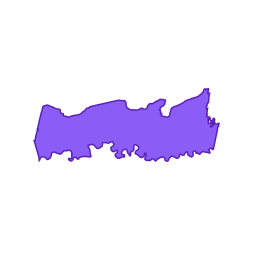 Varfu Campului, Botosani, Romania (Natural Earth projection), rotated 308°
{"feature_id": "2599482B97560889775117", "entity_name": "Varfu Campului", "entity_type": "district", "adm_level": 2, "iso_a3": "ROU", "parent_name": "Romania", "parent_adm1": "Botosani", "projection": "natural_earth1", "projection_center": [26.332, 47.846], "detail": "fine", "context": "isolated", "style": "filled", "palette": "violet", "viewbox_px": 256, "rotation_deg": 308, "n_neighbors": 0, "source": "geoboundaries", "source_scale": "gbopen_adm2", "svg_char_len": 5912}
<svg xmlns="http://www.w3.org/2000/svg" viewBox="0 0 256 256"><g transform="rotate(308 128 128)"><path d="M185.0,198.2L187.6,196.9L187.5,196.4L187.2,196.1L185.9,195.8L185.5,195.3L184.6,194.0L184.1,193.6L183.4,193.3L181.8,193.5L180.7,193.3L179.8,192.7L179.8,192.1L180.3,191.9L181.2,192.7L182.0,192.7L183.1,192.0L184.0,190.7L184.5,190.7L184.7,191.0L184.1,192.5L184.5,193.2L185.1,193.6L185.7,193.2L185.5,192.2L185.9,191.6L186.1,191.5L186.6,191.8L187.0,191.7L187.7,191.4L188.2,190.8L188.6,190.1L188.3,189.4L187.9,189.3L186.8,189.8L186.3,189.9L185.6,189.6L185.2,189.1L184.8,189.0L182.4,190.3L181.1,188.5L184.9,185.3L184.9,185.7L184.6,186.4L184.6,187.4L184.8,187.5L185.2,187.5L186.0,187.2L186.3,186.4L186.9,185.7L187.0,185.5L186.9,185.3L186.0,184.6L185.4,183.5L185.6,183.2L187.4,181.9L187.0,181.7L192.5,178.6L191.5,177.8L194.1,176.0L194.3,176.4L195.8,175.6L196.8,175.3L197.5,175.8L203.0,172.2L205.7,170.9L204.6,169.3L207.9,167.8L208.2,167.4L207.8,167.3L208.0,166.9L207.6,166.5L207.1,166.3L207.1,166.1L206.6,166.0L206.6,165.5L206.1,165.2L206.3,164.8L205.7,164.2L204.2,164.5L202.9,165.1L202.2,164.8L200.3,165.0L198.9,164.4L198.2,164.3L197.7,164.5L194.1,162.7L193.0,162.0L192.3,161.3L190.8,160.2L188.9,159.3L187.2,158.0L184.8,156.6L181.3,155.8L180.1,155.0L179.6,155.0L178.7,154.6L178.7,154.4L177.9,153.9L177.0,153.7L174.2,151.9L173.7,151.5L173.0,151.0L171.4,150.7L170.4,150.1L170.0,150.2L169.7,150.2L169.1,150.6L168.2,150.9L166.9,151.5L166.5,151.4L165.7,152.1L164.7,152.3L162.9,153.1L162.5,153.1L162.0,153.3L160.5,151.9L158.1,146.7L160.2,145.6L159.4,144.7L160.7,143.9L162.0,142.6L161.5,141.9L161.5,141.6L164.6,141.1L166.3,141.6L167.5,142.2L168.8,142.3L172.8,140.6L172.9,140.4L172.8,139.9L171.9,137.8L171.2,137.2L170.7,136.0L170.0,135.4L167.6,134.8L167.0,134.4L166.7,133.8L166.3,133.7L165.1,133.5L163.9,132.9L162.5,132.5L161.8,131.8L160.6,130.2L158.0,129.8L155.1,130.7L154.5,130.6L153.1,129.6L152.5,129.0L152.4,128.7L152.5,127.5L152.3,126.7L149.6,125.3L148.1,124.5L147.6,124.0L145.9,121.4L144.4,119.6L143.6,117.7L143.4,116.6L143.6,115.8L143.5,114.9L143.9,113.7L144.3,112.9L146.5,111.0L147.3,109.7L147.5,108.9L147.4,108.3L146.1,106.9L145.3,105.6L145.0,105.1L144.9,104.4L143.2,102.7L123.1,86.3L122.0,85.5L121.5,85.5L121.3,85.0L120.0,84.6L119.2,84.5L119.0,84.1L118.1,83.3L114.4,83.1L113.3,82.6L109.7,81.9L108.2,81.0L107.7,80.4L106.7,79.9L106.0,79.2L105.2,78.1L104.3,77.7L103.9,77.2L103.0,76.6L102.3,75.7L101.5,75.6L100.0,74.8L99.6,74.0L99.7,73.6L99.5,72.9L98.4,71.0L97.8,69.3L99.0,68.7L99.3,68.3L99.2,67.8L98.5,66.6L98.6,65.8L99.1,64.7L100.3,63.8L100.6,63.0L100.6,62.6L100.4,62.1L99.4,60.5L98.6,58.6L98.2,56.1L96.7,51.3L96.7,50.8L96.3,50.2L93.9,48.3L92.5,47.7L88.6,49.6L86.6,50.3L79.0,53.7L77.6,54.5L74.2,55.9L71.9,57.3L71.8,57.6L71.4,57.3L71.1,58.3L70.6,58.1L70.6,58.3L70.2,58.6L69.9,58.4L69.7,58.4L69.7,58.7L69.5,58.8L69.3,58.7L67.5,59.1L61.7,62.0L61.0,62.5L60.3,61.8L50.0,76.0L47.8,78.0L48.7,78.0L50.0,77.5L50.5,77.4L51.5,77.7L52.9,78.5L53.4,79.3L53.8,81.2L53.4,83.6L54.0,84.3L55.5,84.9L56.8,85.1L58.6,84.6L60.8,83.5L61.6,83.4L62.7,83.7L63.3,84.3L63.8,85.1L64.8,88.5L64.9,89.1L65.7,90.6L67.0,91.3L69.3,91.4L70.7,91.7L71.3,92.3L72.4,93.9L74.2,94.9L74.7,96.0L74.5,97.5L74.1,98.5L73.0,99.9L72.7,99.8L72.1,100.1L70.4,101.9L69.6,102.1L69.0,102.1L68.6,101.8L67.7,100.1L66.9,100.2L66.7,100.4L66.4,101.4L66.6,102.9L67.2,103.7L67.8,104.0L69.1,104.0L70.8,103.6L72.0,104.1L72.5,104.7L72.9,105.4L72.8,105.9L72.4,106.6L72.5,107.7L73.4,108.1L74.3,107.9L76.3,108.7L77.2,109.5L79.5,112.1L81.6,115.7L82.7,116.4L85.0,113.6L86.9,111.8L88.2,109.8L89.0,107.7L89.4,107.4L89.9,107.3L90.7,108.2L92.6,109.2L93.4,110.8L93.6,111.8L92.8,115.7L93.1,116.6L93.4,117.1L95.1,118.0L97.6,118.8L99.1,118.2L100.2,117.2L100.9,117.3L102.1,118.5L104.0,121.9L104.6,122.3L106.4,123.1L107.4,124.0L107.6,124.4L107.5,124.9L107.1,125.4L106.7,126.6L106.0,127.1L105.4,127.3L104.5,127.3L102.8,126.7L102.2,126.6L101.4,127.1L100.3,128.3L100.2,128.7L100.0,129.7L100.2,130.5L100.5,131.3L101.4,131.9L103.2,132.6L103.5,132.9L103.7,133.3L103.2,134.1L102.1,134.6L101.4,134.6L99.7,134.1L98.7,134.6L98.1,135.5L97.8,136.7L97.9,138.2L98.2,138.9L98.7,139.7L99.8,140.5L101.6,140.9L102.0,141.1L102.3,141.5L102.4,142.6L102.6,142.8L102.9,142.9L104.1,142.4L104.5,141.8L104.4,141.2L103.7,139.8L103.8,138.9L104.2,138.3L105.1,137.9L107.7,137.7L108.1,137.8L108.7,138.2L109.7,139.3L109.9,139.7L109.9,140.4L109.6,141.1L108.2,143.1L108.0,144.7L107.1,146.2L107.2,146.6L107.5,146.8L108.4,146.6L109.9,145.4L110.5,145.2L111.3,145.3L113.2,146.1L114.5,146.0L115.5,145.4L116.8,144.0L117.8,143.5L118.6,143.5L119.5,144.3L119.7,144.7L119.8,145.5L119.6,147.7L118.9,148.6L118.3,149.0L117.3,149.1L115.0,148.5L114.1,148.5L113.1,148.8L112.4,149.5L112.4,150.5L113.0,152.6L112.6,154.0L112.5,155.0L112.7,156.0L113.3,157.1L114.3,157.7L115.0,157.9L116.2,157.8L118.2,156.8L118.7,157.0L118.9,157.4L118.7,158.1L118.0,158.8L116.6,159.4L115.0,159.8L113.9,160.4L113.6,161.2L113.8,162.3L115.9,165.4L118.0,165.9L119.1,166.6L119.3,167.1L119.4,167.5L118.9,169.6L119.0,170.1L122.8,170.8L125.0,171.9L126.3,172.9L126.9,174.3L126.9,175.4L125.4,177.1L125.3,177.3L125.7,178.8L126.2,179.5L127.1,179.8L128.5,179.2L130.5,179.2L132.0,179.5L132.9,180.1L133.4,180.8L133.7,182.4L134.0,184.7L134.2,185.1L134.7,185.6L135.6,186.0L136.6,186.1L137.2,186.0L138.7,185.2L139.5,185.2L139.8,185.6L140.0,187.7L141.1,188.7L141.4,188.8L143.8,188.4L145.0,188.7L145.4,189.0L145.6,189.3L145.5,189.8L144.2,191.1L143.7,192.1L144.0,195.1L144.5,196.0L145.2,196.3L146.1,196.2L147.4,195.6L148.3,194.5L148.8,194.2L149.8,194.0L150.5,194.3L151.1,194.8L151.3,195.4L151.1,195.9L150.3,196.8L150.2,197.2L150.3,197.5L150.9,198.0L151.2,198.7L151.3,199.3L151.2,200.3L151.4,200.6L152.1,200.8L154.8,201.0L155.3,201.2L157.8,205.9L158.3,207.3L158.8,207.9L159.9,206.6L160.4,204.9L162.7,205.5L163.4,205.9L163.6,206.1L163.7,206.6L163.1,207.4L163.0,207.8L163.2,208.1L163.9,208.3L180.1,200.3L184.0,198.2L185.0,198.2Z" fill="#8b5cf6" stroke="#5b21b6" stroke-width="1.5"/></g></svg>